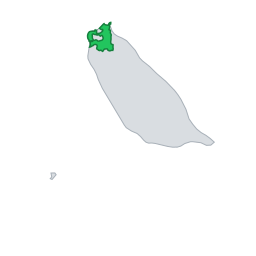 where New Taipei City sits in Taiwan, rotated 300°
{"feature_id": "TWN-1167", "entity_name": "New Taipei City", "entity_type": "Special Municipality", "adm_level": 1, "iso_a3": "TWN", "parent_name": "Taiwan", "parent_adm1": "", "projection": "mercator", "projection_center": [121.596, 24.984], "detail": "fine", "context": "in_parent", "style": "filled", "palette": "green", "viewbox_px": 256, "rotation_deg": 300, "n_neighbors": 0, "source": "natural_earth", "source_scale": "10m", "svg_char_len": 2763}
<svg xmlns="http://www.w3.org/2000/svg" viewBox="0 0 256 256"><g transform="rotate(300 128 128)"><path d="M166.4,176.3L163.7,182.0L161.5,187.9L160.6,193.6L160.6,199.4L160.0,204.6L158.9,209.8L154.6,208.3L152.2,204.6L151.7,198.5L148.6,191.1L147.4,189.0L142.9,184.9L138.8,182.8L135.6,179.8L136.0,180.1L133.6,176.0L131.9,171.6L128.2,159.2L126.9,156.1L125.2,153.4L124.7,150.7L125.3,147.7L126.9,143.1L127.8,138.6L127.1,132.4L127.4,126.3L128.6,123.5L149.5,86.0L155.2,77.9L158.7,74.0L161.7,69.5L164.4,63.9L167.9,58.8L170.3,57.2L182.3,52.5L186.1,48.1L189.1,46.7L192.5,46.8L194.7,48.9L196.7,51.4L198.7,52.8L204.1,55.2L206.4,57.6L207.4,61.7L204.2,65.5L202.6,69.0L202.3,72.8L202.9,78.0L202.9,83.2L198.9,95.4L194.5,103.0L193.4,106.8L192.0,116.1L189.5,125.5L187.3,137.4L183.8,149.6L181.7,154.7L179.2,159.6L173.2,168.8L166.4,176.3ZM50.5,83.8L52.5,87.1L51.6,89.1L45.5,88.0L45.2,86.0L47.5,86.4L50.5,83.8Z" fill="#d9dde1" stroke="#a8b0b8" stroke-width="1"/><path d="M200.0,53.4L205.8,54.8L206.4,55.1L206.1,55.7L206.0,56.2L206.1,57.1L206.6,58.6L207.0,59.3L207.4,59.4L208.6,59.3L209.2,59.3L209.9,59.5L210.5,59.8L210.8,60.3L209.4,61.0L209.2,60.8L208.7,60.5L207.7,60.7L206.2,61.5L205.6,61.9L203.7,62.3L203.5,62.8L203.9,63.4L203.6,64.0L202.9,64.5L202.3,64.7L201.6,65.0L201.1,65.7L200.6,66.6L199.7,67.2L198.7,67.5L196.4,68.9L194.2,69.8L193.5,70.2L192.7,70.9L192.4,71.7L192.4,72.4L192.6,72.9L192.7,73.3L192.0,73.8L190.9,74.3L190.0,74.9L189.4,75.4L188.6,75.8L187.6,76.0L187.2,75.1L185.7,73.7L185.4,72.7L185.3,71.8L185.8,71.2L186.1,70.3L184.6,68.2L183.8,67.9L182.5,68.0L181.6,67.5L181.9,66.3L181.7,65.5L180.8,64.6L180.6,63.7L180.8,62.8L180.8,61.7L181.4,61.0L183.6,60.4L184.2,59.8L184.3,59.1L184.3,58.4L183.4,57.1L182.7,56.7L182.0,56.6L181.4,56.1L180.6,55.6L179.6,55.1L178.9,54.3L180.8,53.9L181.6,53.6L182.6,52.8L182.9,52.6L183.3,52.5L183.8,52.5L184.4,52.7L184.7,53.2L184.9,53.6L185.2,53.9L185.8,53.7L185.2,52.7L184.2,51.7L183.7,51.4L183.8,50.9L184.1,50.7L184.5,50.5L184.6,50.3L184.9,49.5L185.5,48.5L186.6,47.5L188.2,46.6L190.1,46.2L191.9,46.4L192.7,47.0L194.4,49.4L195.0,50.7L195.7,50.5L196.2,50.4L196.5,50.5L196.3,50.9L196.2,51.2L196.2,51.5L196.4,51.8L196.8,52.0L196.0,52.5L194.8,53.1L194.3,53.4L194.4,53.9L194.8,54.5L195.1,55.1L195.6,55.7L196.2,56.3L196.7,56.7L198.5,57.4L199.4,57.5L200.1,57.3L200.5,57.0L200.6,56.5L199.9,55.9L199.9,55.4L200.0,53.4ZM192.9,61.8L193.6,61.5L194.9,59.9L195.2,59.2L194.6,58.6L193.8,58.2L193.8,57.3L194.1,56.2L193.8,55.5L193.1,54.9L192.7,53.2L192.4,52.6L192.2,52.0L192.1,51.4L192.2,50.8L191.8,50.5L191.2,50.2L190.5,50.6L190.0,51.0L188.2,52.1L187.6,52.8L187.2,53.5L186.9,54.0L186.6,54.5L187.3,55.2L188.3,56.1L188.5,57.2L188.2,58.4L188.9,59.6L189.8,60.3L190.5,61.1L191.1,61.6L191.9,61.8L192.9,61.8Z" fill="#22c55e" stroke="#15803d" stroke-width="1.5"/></g></svg>